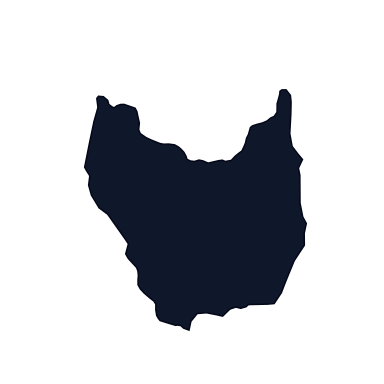 Boganangone, Lobaye, Central African Republic, rotated 203°
{"feature_id": "33826404B50242901211322", "entity_name": "Boganangone", "entity_type": "district", "adm_level": 2, "iso_a3": "CAF", "parent_name": "Central African Republic", "parent_adm1": "Lobaye", "projection": "natural_earth1", "projection_center": [17.185, 4.689], "detail": "fine", "context": "isolated", "style": "filled", "palette": "ink", "viewbox_px": 384, "rotation_deg": 203, "n_neighbors": 0, "source": "geoboundaries", "source_scale": "gbopen_adm2", "svg_char_len": 1701}
<svg xmlns="http://www.w3.org/2000/svg" viewBox="0 0 384 384"><g transform="rotate(203 192 192)"><path d="M315.5,243.6L316.2,240.9L311.6,233.1L309.8,218.7L305.4,196.5L300.5,172.9L297.1,170.2L292.4,167.0L289.8,157.9L283.3,149.8L271.3,141.1L260.9,138.6L234.0,121.9L230.3,119.4L229.6,114.7L228.8,109.1L224.6,105.9L213.4,100.8L210.9,98.1L208.7,94.1L207.4,90.1L205.4,85.5L201.7,82.6L196.6,80.3L189.0,77.9L184.7,76.8L181.5,74.7L179.1,69.1L176.2,64.5L173.4,62.4L171.2,61.2L166.9,61.6L161.7,62.1L159.3,62.4L154.8,62.9L153.8,63.7L150.2,64.7L146.5,63.4L140.8,63.7L142.5,72.5L139.7,82.2L131.5,86.5L121.1,88.7L115.3,89.7L111.4,99.0L106.7,103.2L101.7,104.0L97.4,107.5L96.1,110.4L87.7,114.2L78.4,118.4L72.8,121.4L70.4,134.2L70.7,141.9L70.9,150.4L71.1,168.7L67.8,186.9L72.6,197.9L74.5,207.7L80.4,212.4L88.3,224.1L99.3,249.6L103.4,255.6L103.0,265.1L109.5,268.4L117.7,273.1L124.8,283.9L131.7,302.9L136.0,313.6L139.2,319.4L145.3,322.8L149.2,321.1L150.4,319.0L149.8,317.6L149.2,314.9L148.1,306.4L146.6,302.9L144.9,298.6L145.9,293.6L148.3,291.1L150.9,286.4L154.3,282.9L158.9,279.4L162.3,276.4L163.4,274.1L162.8,269.4L162.5,266.9L162.8,262.9L161.9,257.9L161.9,253.9L162.1,249.1L163.8,246.4L166.2,241.9L168.2,236.4L173.3,233.1L176.6,233.1L180.2,230.9L188.4,224.9L191.7,224.9L194.3,224.9L198.1,224.1L201.6,221.1L205.5,219.9L209.4,220.1L211.5,222.6L215.0,225.4L218.4,226.9L221.9,228.1L226.4,228.6L232.0,227.1L236.8,224.9L240.4,224.1L249.5,223.9L255.5,224.1L262.6,225.6L265.5,228.6L267.4,234.9L271.5,240.6L274.1,244.4L277.1,246.9L281.6,246.6L284.4,246.4L288.8,246.1L292.0,244.6L294.8,242.1L296.5,239.1L298.9,239.1L302.8,240.1L305.4,243.4L310.8,245.1L315.5,243.6Z" fill="#0f172a" stroke="#020617" stroke-width="1.5"/></g></svg>